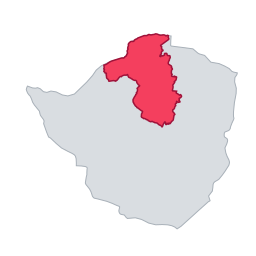 location of Mashonaland West within Zimbabwe, rotated 5°
{"feature_id": "ZWE-533", "entity_name": "Mashonaland West", "entity_type": "Province", "adm_level": 1, "iso_a3": "ZWE", "parent_name": "Zimbabwe", "parent_adm1": "", "projection": "orthographic", "projection_center": [29.817, -17.238], "detail": "fine", "context": "in_parent", "style": "filled", "palette": "rose", "viewbox_px": 256, "rotation_deg": 5, "n_neighbors": 0, "source": "natural_earth", "source_scale": "10m", "svg_char_len": 7477}
<svg xmlns="http://www.w3.org/2000/svg" viewBox="0 0 256 256"><g transform="rotate(5 128 128)"><path d="M185.7,224.2L183.3,222.6L180.1,221.5L176.0,221.0L170.6,221.2L164.0,222.0L156.9,220.9L149.4,217.9L143.1,216.8L135.6,218.1L135.3,218.2L133.9,217.2L131.9,215.0L128.5,214.6L127.5,214.1L126.8,213.2L126.3,212.2L126.1,211.0L126.6,207.4L126.3,207.0L125.4,206.6L123.5,206.1L119.0,204.5L113.3,202.9L104.0,201.3L100.4,200.8L99.6,200.3L98.5,199.0L96.7,194.8L95.0,192.1L91.0,187.9L90.3,186.5L90.5,183.2L90.7,180.4L91.1,178.1L90.9,175.9L90.8,173.2L90.9,171.4L90.4,170.7L88.9,170.1L84.8,169.9L79.8,170.1L79.6,167.4L79.0,163.1L78.1,160.7L76.9,159.4L74.6,158.2L69.9,156.4L63.5,153.7L58.0,149.8L51.7,144.8L49.7,143.9L47.3,139.2L43.6,131.1L43.8,128.4L43.2,127.1L39.7,123.1L38.9,121.1L38.3,119.0L32.7,113.2L30.8,110.7L29.3,107.4L27.8,104.8L26.6,103.8L25.0,102.0L23.9,100.0L23.3,98.5L23.7,96.4L24.2,95.0L29.4,96.4L32.3,96.4L34.5,95.7L37.2,96.6L40.6,99.2L44.1,99.6L48.0,97.9L53.2,98.3L59.8,100.8L65.3,101.3L71.7,98.8L77.4,92.2L82.8,86.0L88.1,78.8L91.3,73.1L96.0,68.4L102.2,64.7L108.6,61.7L118.4,57.9L120.4,54.8L121.0,51.5L121.0,46.8L121.5,43.8L122.5,42.4L124.1,41.4L126.2,40.0L132.7,36.4L138.1,34.1L144.7,32.7L152.0,32.6L159.0,32.6L162.9,32.6L163.0,37.1L163.3,42.1L164.0,42.6L169.3,42.8L177.7,43.1L185.8,43.5L190.9,47.2L192.7,48.0L198.0,49.0L204.8,55.2L213.1,55.9L218.7,57.8L223.7,60.0L226.5,62.5L228.4,63.1L230.9,63.4L232.1,63.6L231.8,65.4L230.1,68.4L230.2,72.8L232.4,78.9L232.7,84.2L231.8,93.5L231.7,102.5L231.9,105.7L232.2,107.8L232.7,109.0L232.5,110.3L231.1,114.1L230.0,118.0L229.9,119.6L229.4,120.7L228.6,121.7L225.0,123.5L224.4,124.6L224.4,126.7L224.8,128.4L226.1,129.1L227.7,130.1L228.3,131.4L228.3,132.7L227.8,135.2L226.3,139.4L227.6,144.2L229.1,147.4L231.3,151.0L232.1,153.2L232.0,154.8L231.7,156.4L228.3,162.9L225.9,166.9L222.9,171.3L219.1,174.0L218.1,175.3L217.7,176.8L217.7,180.1L217.5,183.5L214.2,188.7L216.1,193.3L215.7,193.7L214.6,194.3L209.8,199.4L205.0,204.5L201.6,208.2L197.6,212.5L193.2,217.2L189.4,221.3L185.7,224.2Z" fill="#d9dde1" stroke="#a8b0b8" stroke-width="1"/><path d="M147.7,31.8L148.9,31.9L151.2,32.6L152.4,32.7L153.5,32.5L154.6,32.2L155.7,32.1L156.8,32.3L157.5,32.8L157.8,32.9L158.2,32.8L158.8,32.3L159.1,32.2L159.8,32.3L160.2,32.5L160.1,32.8L160.1,34.0L160.3,34.4L160.6,34.8L160.9,35.7L160.8,36.1L160.6,36.4L153.5,42.6L153.3,42.8L153.4,43.2L153.5,43.4L153.9,43.7L154.4,43.9L154.5,44.1L154.5,44.3L154.4,45.3L154.5,45.7L154.9,46.2L154.9,46.8L155.1,47.0L155.3,47.2L155.9,47.2L156.0,47.3L156.1,47.7L156.0,48.0L155.3,48.5L155.1,48.6L154.8,49.2L154.6,49.6L154.8,50.7L154.7,51.3L154.6,51.6L154.2,51.8L153.9,52.2L153.5,53.3L153.4,53.6L153.5,53.8L154.0,54.0L154.4,54.0L154.5,53.8L154.7,53.4L154.9,53.2L155.2,53.1L155.5,53.1L156.2,53.2L156.4,53.2L156.6,52.8L156.9,52.7L157.6,52.5L157.9,52.2L158.0,51.9L157.8,51.0L157.9,50.7L158.1,50.5L158.4,50.4L159.4,50.3L159.9,50.3L160.1,50.4L160.2,50.5L160.6,51.7L161.2,52.3L161.4,52.4L163.0,52.3L163.4,52.4L163.6,52.8L163.9,53.8L163.9,54.4L163.4,55.4L163.3,56.2L163.2,57.1L162.8,57.8L162.6,58.4L162.4,59.6L162.4,59.9L162.4,60.1L163.0,61.0L163.6,61.3L163.9,61.5L164.5,61.7L165.7,62.4L166.2,63.4L166.2,63.6L166.0,64.1L166.6,64.5L167.0,65.1L167.1,65.5L166.9,65.9L166.4,66.6L166.3,67.1L166.4,69.6L166.5,69.8L166.6,70.1L167.1,70.4L167.3,70.7L167.3,70.8L167.2,70.9L166.9,71.1L166.9,71.9L167.0,72.5L167.5,72.8L168.3,72.7L168.7,72.9L168.8,72.9L169.6,72.4L169.9,72.3L170.1,72.5L170.2,72.9L170.3,73.0L170.9,72.7L171.2,72.7L171.8,72.9L172.0,73.1L171.7,75.7L171.6,76.0L171.2,76.6L170.8,77.0L170.2,77.6L170.1,77.8L170.5,78.2L170.5,78.5L169.4,80.5L169.0,81.1L168.9,81.4L169.3,83.0L169.3,83.5L169.3,83.9L169.0,86.2L169.0,86.9L169.2,87.1L173.2,87.1L173.1,87.7L172.9,88.5L173.0,88.9L173.2,89.1L174.7,89.7L176.5,90.8L177.2,90.3L177.3,90.2L177.8,90.4L178.6,91.6L178.3,92.5L177.5,93.4L177.2,93.6L176.6,93.8L176.4,94.1L176.4,94.7L176.6,95.1L176.6,95.5L176.5,95.8L176.4,96.1L176.5,96.3L177.2,96.7L177.3,96.9L177.4,97.1L177.5,97.3L177.5,97.5L177.4,97.6L176.5,97.9L175.8,98.1L175.3,97.8L174.3,97.4L174.2,97.3L174.0,97.6L174.0,98.0L174.2,98.8L174.2,99.0L173.9,99.2L173.3,99.5L173.2,99.8L173.1,100.2L173.2,100.6L173.6,101.5L173.5,101.8L173.0,102.2L172.9,102.5L172.6,103.4L172.6,103.5L172.7,103.8L172.6,104.1L172.5,104.4L172.0,105.2L171.8,105.5L171.6,105.7L171.2,105.8L171.0,106.1L171.0,107.3L171.1,107.6L171.3,107.9L172.4,108.9L173.2,109.8L173.3,110.0L173.5,110.4L173.3,110.7L172.9,111.1L172.7,111.3L172.7,111.6L172.4,115.7L172.3,116.1L172.2,116.3L172.1,116.5L170.9,117.7L169.7,119.8L169.4,119.7L168.7,119.5L168.4,119.5L168.3,119.8L168.5,120.4L168.3,120.6L167.9,120.6L167.4,120.3L166.6,120.0L166.6,120.8L166.3,121.0L165.8,121.2L165.4,121.2L165.0,120.2L164.8,119.9L164.5,118.9L164.3,118.7L164.1,118.8L163.9,119.1L162.7,121.4L162.4,123.0L162.2,123.4L161.8,123.9L160.6,122.8L160.1,122.5L159.4,122.4L158.8,122.1L158.2,121.9L157.2,121.0L156.9,120.7L156.5,120.6L155.6,120.4L154.7,120.4L154.0,120.3L153.3,119.9L152.6,119.8L151.7,119.4L151.4,119.3L150.8,119.5L150.4,119.8L150.2,119.8L149.2,119.6L148.2,119.1L147.6,119.0L147.5,118.9L147.3,118.5L147.1,118.4L146.8,118.3L146.2,118.0L145.6,118.1L145.4,118.0L145.0,117.6L144.7,117.4L144.3,117.3L143.4,117.1L142.9,117.3L142.6,117.1L141.6,116.5L140.8,116.2L140.6,116.1L140.4,115.7L140.2,115.3L140.2,115.0L140.3,114.4L140.2,112.9L140.3,112.7L140.6,112.3L140.7,111.7L141.0,110.7L141.0,110.3L141.0,110.2L140.8,110.0L139.8,109.6L136.1,107.2L135.4,107.0L135.2,106.9L134.6,106.0L133.6,105.5L132.9,104.7L132.5,104.0L131.8,103.3L131.7,103.1L131.6,102.6L131.1,102.1L130.9,101.7L130.9,101.4L130.7,101.0L130.7,100.4L130.5,99.7L130.6,99.2L130.7,98.8L130.9,98.4L131.6,96.7L131.9,96.1L132.1,95.7L132.6,95.0L132.8,93.9L133.5,93.2L133.7,92.8L133.7,92.7L133.3,92.2L133.3,91.9L133.8,91.4L134.0,91.1L134.1,90.7L134.1,90.0L134.2,89.3L134.1,88.5L133.7,88.1L133.6,87.7L133.8,87.4L134.3,87.0L134.6,86.3L134.8,86.1L135.5,85.6L135.7,85.4L135.9,84.9L135.8,84.7L135.6,84.6L135.2,84.4L134.7,84.2L132.9,82.1L132.8,81.7L132.5,80.8L132.3,80.5L132.2,80.3L131.6,79.9L131.2,79.9L130.6,80.0L130.3,80.0L128.5,79.4L127.9,78.9L127.1,78.7L126.3,78.1L124.5,77.5L124.2,77.3L123.9,76.9L123.7,76.5L123.4,75.9L123.1,75.2L122.9,74.9L122.7,74.8L121.6,75.6L121.2,75.6L120.5,75.5L120.0,75.6L118.5,76.1L117.5,76.7L117.4,76.9L117.1,77.3L116.9,77.5L116.6,77.5L116.1,77.4L115.9,77.4L115.7,77.5L115.4,77.7L114.4,79.0L113.8,80.1L112.8,81.5L112.1,81.9L111.8,82.3L111.7,82.4L111.0,82.0L110.9,82.0L110.6,82.2L110.4,82.2L109.4,82.0L109.0,82.1L106.2,82.8L105.9,82.9L105.5,83.0L104.7,82.9L104.3,81.6L104.2,81.5L104.0,81.3L103.6,81.1L103.3,80.9L103.0,80.6L102.5,80.2L102.4,80.0L102.1,79.0L102.1,78.3L101.8,77.8L101.8,77.6L101.9,77.3L101.9,77.0L101.6,76.6L101.5,76.2L101.7,75.5L101.5,75.3L101.2,75.2L100.6,75.2L100.4,75.2L99.9,74.3L99.8,74.2L99.4,74.1L99.2,73.9L99.0,73.7L99.1,73.1L99.5,72.1L99.4,71.8L99.3,71.6L98.8,71.4L98.7,71.3L99.0,69.8L98.5,67.5L100.9,66.4L103.6,64.1L105.4,62.9L115.2,58.9L116.5,58.7L117.3,58.7L117.7,58.6L118.4,57.9L118.6,57.4L119.7,56.6L120.1,56.1L120.3,55.1L121.0,53.8L121.0,53.2L120.6,52.0L120.4,51.5L120.5,50.9L121.2,49.3L120.7,48.5L120.9,47.4L121.2,46.2L121.3,45.3L121.0,44.8L121.0,44.5L121.1,44.2L121.5,43.4L122.1,42.7L123.0,41.8L123.5,41.5L124.1,41.4L125.3,41.4L126.0,41.2L126.3,40.9L126.9,39.8L127.2,39.5L127.6,39.1L128.2,38.8L128.7,38.6L129.0,38.5L129.9,37.5L135.9,34.6L136.3,34.5L138.7,34.3L139.2,34.0L140.2,33.2L140.8,33.0L142.5,33.3L143.2,33.2L144.7,32.7L145.9,32.5L147.0,31.9L147.7,31.8Z" fill="#f43f5e" stroke="#9f1239" stroke-width="1.5"/></g></svg>